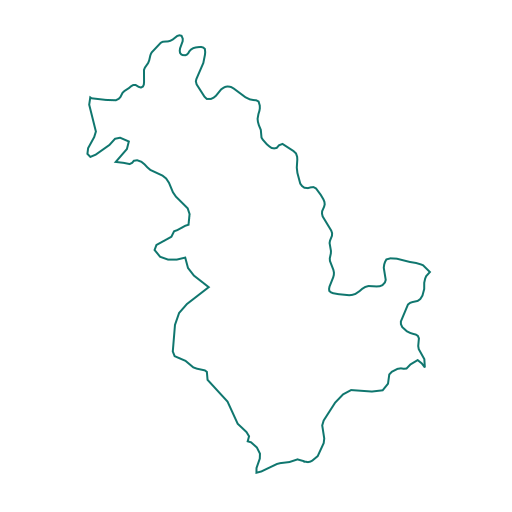 the border of Hautes-Alpes, rotated 93°
{"feature_id": "FRA-5304", "entity_name": "Hautes-Alpes", "entity_type": "Metropolitan department", "adm_level": 1, "iso_a3": "FRA", "parent_name": "France", "parent_adm1": "", "projection": "albers", "projection_center": [6.118, 44.657], "detail": "fine", "context": "isolated", "style": "outline", "palette": "teal", "viewbox_px": 512, "rotation_deg": 93, "n_neighbors": 0, "source": "natural_earth", "source_scale": "10m", "svg_char_len": 3845}
<svg xmlns="http://www.w3.org/2000/svg" viewBox="0 0 512 512"><g transform="rotate(93 256 256)"><path d="M468.0,234.1L470.9,239.4L472.4,244.2L467.7,244.4L458.1,241.6L453.2,241.7L447.2,245.1L442.3,251.2L441.5,254.6L436.4,253.5L432.3,256.3L424.5,265.5L402.9,276.8L382.2,297.9L374.3,299.0L372.9,301.1L371.6,309.2L370.5,312.8L364.4,320.9L360.3,332.0L355.7,334.1L329.0,333.3L316.9,329.8L307.6,322.5L289.6,301.6L278.8,317.0L271.5,323.3L261.3,326.6L263.7,334.8L264.2,343.6L261.8,351.7L255.3,357.6L250.2,356.0L241.2,341.5L235.6,339.1L234.3,336.0L229.5,328.2L228.3,325.0L228.2,325.0L227.9,325.0L227.7,325.0L227.4,325.0L227.2,325.0L226.7,325.0L226.3,324.9L226.0,324.9L225.7,324.9L225.4,324.9L225.1,324.9L224.8,324.9L224.5,324.9L224.2,324.8L223.9,324.8L223.6,324.8L223.2,324.8L222.9,324.8L222.6,324.8L222.3,324.7L221.9,324.7L221.6,324.7L221.3,324.7L221.0,324.7L220.7,324.7L220.4,324.7L220.1,324.6L219.8,324.6L219.6,324.6L219.3,324.6L219.1,324.6L218.9,324.6L218.6,324.6L218.4,324.6L218.1,324.5L217.9,324.5L217.7,324.5L212.0,326.7L200.9,339.1L196.7,342.3L187.5,346.7L183.3,349.8L180.6,353.6L175.6,366.0L173.1,369.2L170.3,372.1L167.9,375.4L166.6,379.7L167.3,383.0L169.4,384.5L170.8,387.0L169.9,393.1L169.4,401.0L155.9,390.5L148.3,389.0L145.0,397.9L146.3,402.9L152.8,408.2L163.2,421.4L165.7,426.6L162.8,429.7L157.1,429.3L145.7,423.8L140.1,422.4L113.6,430.5L106.3,429.8L107.1,428.5L108.0,413.9L107.8,404.1L106.2,401.3L104.3,399.7L100.0,397.8L98.1,396.0L94.9,391.6L93.0,389.6L91.7,387.6L91.5,385.2L93.2,382.1L93.8,379.7L92.7,377.8L90.7,377.0L88.3,376.9L76.0,377.6L73.7,376.8L68.9,373.8L66.2,372.9L61.1,372.0L59.3,371.4L58.0,370.7L48.1,362.3L47.0,360.5L46.7,358.7L46.3,355.1L45.6,352.9L44.2,350.5L40.4,346.2L39.6,344.0L40.0,341.9L42.9,340.5L45.4,340.5L52.6,342.7L55.0,342.9L57.1,342.5L58.6,341.2L59.2,339.8L59.2,337.0L58.6,335.7L57.1,334.3L55.1,333.3L53.2,331.7L51.7,329.5L50.9,327.1L50.4,324.3L50.1,321.8L50.6,319.6L51.9,317.9L55.1,317.4L57.7,317.5L66.0,318.7L82.4,324.8L84.7,325.2L87.7,324.3L99.6,315.8L101.7,313.4L101.5,309.2L100.1,306.6L98.1,304.4L91.4,299.5L89.6,297.1L88.7,295.5L88.2,293.4L88.3,291.3L88.6,289.6L90.0,286.9L98.0,274.9L99.9,270.4L100.4,266.7L100.5,263.9L101.6,261.5L105.6,260.1L108.4,259.9L110.9,260.2L114.1,261.0L118.9,261.6L121.9,261.1L125.2,260.0L129.8,257.8L137.5,256.7L139.5,255.3L143.8,251.1L145.8,248.5L147.3,246.1L147.6,243.5L147.0,241.0L144.2,238.8L142.7,235.4L149.2,224.1L151.5,221.4L154.8,220.1L157.6,219.8L165.6,219.9L170.9,219.0L181.4,215.6L183.7,213.7L185.3,211.3L185.5,207.7L184.6,205.0L184.2,202.2L185.4,199.6L191.6,194.5L196.0,191.6L198.4,190.5L200.9,190.1L203.3,190.6L207.8,192.3L210.3,192.3L213.0,191.5L226.7,182.2L229.2,181.2L231.8,181.2L236.8,182.9L239.2,183.2L247.1,181.4L249.6,181.4L254.5,182.2L257.1,181.9L265.8,178.0L268.5,177.3L270.9,177.3L273.3,177.8L282.7,181.0L285.0,181.3L287.0,181.0L288.3,179.4L289.1,177.2L289.8,171.7L290.3,160.8L289.8,157.9L288.7,154.8L285.7,150.8L283.2,148.2L281.2,145.3L280.1,142.1L280.1,133.9L279.7,130.8L278.5,128.2L275.7,125.9L273.1,125.2L261.0,127.8L257.6,127.5L255.1,126.8L252.6,125.6L251.3,121.6L251.3,115.3L253.9,102.1L254.6,95.8L255.8,90.8L256.5,88.7L262.9,81.5L267.2,85.0L269.7,85.9L273.9,86.6L280.2,86.3L286.8,87.7L290.4,89.7L292.4,92.2L293.8,97.3L294.7,99.6L296.5,101.7L313.8,107.9L316.5,107.7L319.4,106.2L323.3,101.4L324.8,97.9L325.6,94.8L326.1,92.3L327.3,90.2L329.7,89.0L337.4,89.3L340.5,88.6L350.2,82.5L358.1,81.6L358.5,81.5L354.6,84.8L351.5,89.1L356.2,96.1L360.5,99.8L360.9,102.5L360.6,105.4L361.3,108.8L364.5,114.3L367.3,116.7L376.6,117.5L383.5,122.5L385.3,133.2L384.9,154.0L389.6,161.8L398.3,169.3L416.7,179.8L421.7,181.0L434.7,178.3L439.3,178.6L452.6,183.9L457.4,189.1L458.5,191.0L459.1,193.2L459.1,194.3L458.8,195.3L458.9,197.1L458.4,197.4L457.1,203.3L456.9,203.8L460.0,211.8L461.6,221.0L462.6,224.2L468.0,234.1Z" fill="none" stroke="#0f766e" stroke-width="2"/></g></svg>